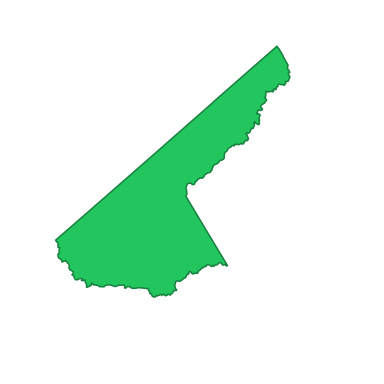 Rio Maria, Pará, Brazil, rotated 329°
{"feature_id": "56859067B51957769072993", "entity_name": "Rio Maria", "entity_type": "district", "adm_level": 2, "iso_a3": "BRA", "parent_name": "Brazil", "parent_adm1": "Pará", "projection": "albers", "projection_center": [-49.844, -7.37], "detail": "fine", "context": "isolated", "style": "filled", "palette": "green", "viewbox_px": 384, "rotation_deg": 329, "n_neighbors": 0, "source": "geoboundaries", "source_scale": "gbopen_adm2", "svg_char_len": 6032}
<svg xmlns="http://www.w3.org/2000/svg" viewBox="0 0 384 384"><g transform="rotate(329 192 192)"><path d="M57.5,220.1L58.3,219.6L58.4,218.9L59.2,218.5L59.7,219.0L59.9,219.8L59.8,220.6L60.2,221.5L60.9,221.4L61.7,222.0L62.0,222.7L62.7,223.1L63.2,223.6L64.1,225.7L65.6,226.3L66.1,227.1L67.0,227.3L67.6,228.0L68.7,227.6L70.3,227.6L73.2,229.0L74.3,229.7L74.9,230.7L75.6,231.3L76.1,231.8L76.8,233.0L77.5,233.4L78.4,233.8L79.3,233.8L80.3,234.0L81.1,234.3L82.7,234.9L83.3,235.4L84.9,236.3L85.8,236.6L85.9,237.5L85.5,238.4L85.0,239.2L85.1,240.1L86.1,240.2L87.3,239.9L88.1,239.7L89.0,240.5L90.2,241.9L90.5,242.8L91.0,243.5L91.6,244.0L92.5,244.6L94.8,245.8L95.7,246.0L96.7,246.4L97.8,247.0L98.5,247.8L100.5,249.0L101.6,250.1L102.9,250.7L103.2,251.4L103.9,252.0L104.6,252.1L104.5,253.5L104.0,254.7L104.3,255.7L104.2,256.8L103.5,257.3L104.5,258.3L104.3,259.2L104.6,260.0L104.2,260.6L104.7,261.7L105.6,262.6L106.4,263.1L108.1,262.4L108.7,263.3L110.1,263.3L111.0,263.6L112.1,263.5L112.7,264.1L112.6,264.9L113.6,264.8L114.9,264.9L115.0,266.1L115.4,266.8L116.4,267.5L117.6,267.6L118.2,267.2L119.3,267.8L119.6,268.5L120.6,269.2L121.4,268.7L122.9,268.7L123.8,268.2L125.1,267.5L125.9,267.1L126.5,267.8L128.0,268.4L128.5,267.8L128.2,267.1L128.2,266.2L128.4,265.0L128.9,264.2L128.9,263.1L129.9,262.4L131.7,260.8L132.7,260.1L133.7,260.5L134.5,261.6L135.5,262.3L136.7,262.3L137.7,262.3L138.4,262.3L139.5,262.0L140.2,261.9L140.9,261.7L141.7,262.2L142.5,261.7L143.4,261.6L144.0,261.0L144.6,260.5L145.4,260.2L146.0,260.6L146.8,260.4L147.6,260.1L147.6,259.3L148.2,258.9L149.1,259.0L149.7,259.7L149.9,260.5L149.8,261.4L150.4,262.2L150.6,262.9L151.4,262.7L152.2,263.0L152.9,263.4L153.7,263.3L154.2,263.9L154.9,264.5L155.3,263.9L156.1,263.8L156.6,263.0L157.4,263.1L158.3,263.1L159.0,263.0L159.7,262.6L160.3,262.4L161.3,262.6L162.2,262.4L163.2,262.6L163.9,262.3L164.7,262.6L165.4,263.0L166.3,262.7L166.9,262.0L169.2,263.3L169.8,264.3L170.0,265.2L170.5,265.9L172.2,265.8L172.1,266.6L172.7,267.0L174.4,266.4L175.9,267.3L176.6,267.3L178.1,266.7L179.2,266.7L180.1,267.2L180.2,268.0L180.5,268.7L180.5,269.5L180.6,270.4L181.4,270.8L182.5,270.9L183.0,271.4L183.2,272.4L183.4,273.2L184.5,273.2L184.5,241.4L184.5,224.3L184.6,192.2L185.6,192.0L186.3,191.4L186.9,190.6L187.8,188.8L188.1,187.8L188.5,187.3L188.5,186.0L188.9,185.3L191.2,183.4L192.1,182.8L193.1,182.7L193.9,183.1L195.0,183.4L195.6,184.0L196.1,185.8L196.9,186.3L197.6,186.6L198.4,186.4L199.1,185.7L199.9,185.4L200.5,184.9L202.3,184.9L202.9,184.4L203.8,184.1L204.6,184.3L205.6,184.1L206.4,184.3L206.9,184.9L208.8,185.5L209.5,185.3L210.2,184.9L210.8,184.5L212.3,183.8L213.5,183.7L214.2,183.9L215.1,183.8L216.1,184.0L216.8,184.3L217.8,184.4L218.6,184.2L219.2,183.4L219.9,183.6L220.8,183.1L221.2,182.3L221.8,181.9L222.5,181.6L223.8,180.6L224.5,180.3L225.4,180.3L226.2,180.2L226.8,180.5L228.8,180.7L229.5,180.2L230.2,180.2L231.3,179.9L232.1,179.3L233.1,179.3L233.8,180.1L235.3,180.1L236.6,179.9L237.5,178.9L237.8,178.2L239.0,176.6L239.9,175.6L241.0,175.1L241.9,175.0L242.8,175.0L244.3,174.0L245.5,173.5L246.7,173.2L247.7,173.4L248.5,173.5L250.3,172.8L251.2,173.1L251.3,173.8L252.1,174.1L253.1,173.4L254.0,173.3L254.2,174.0L254.9,174.3L255.6,174.5L256.1,175.3L256.8,175.6L257.6,175.7L258.3,175.5L259.3,175.6L259.4,176.5L260.3,177.1L261.5,176.7L262.4,176.6L263.1,175.7L264.6,175.5L265.5,175.7L265.7,176.4L266.7,176.2L267.5,175.7L268.1,174.7L268.0,173.8L268.5,172.0L268.5,171.2L268.3,170.4L268.5,169.5L269.3,169.4L269.7,170.0L270.3,170.5L271.0,170.7L271.9,170.7L272.6,170.4L273.9,169.2L274.7,168.9L275.3,168.4L276.0,168.1L276.5,168.8L277.5,168.8L278.1,168.1L279.0,167.8L280.5,165.8L281.1,164.3L281.8,164.1L282.1,165.1L282.1,165.8L282.3,166.6L282.9,167.1L283.7,168.5L284.5,168.5L285.5,167.4L285.6,166.4L286.0,165.8L286.8,165.4L287.1,164.7L287.0,163.9L287.5,163.3L288.2,162.8L288.9,162.1L290.1,161.0L289.7,160.3L289.6,159.6L289.1,158.9L288.3,158.7L287.7,158.1L290.0,156.6L290.6,155.8L291.3,156.0L292.4,157.3L293.2,157.6L294.8,157.6L295.2,156.7L294.9,156.0L294.6,155.2L294.7,154.3L295.2,153.8L295.9,153.6L296.8,153.2L297.6,153.1L299.6,153.2L300.3,153.0L301.1,152.4L302.9,151.9L303.4,151.3L303.3,150.4L303.3,149.5L302.9,148.8L303.3,148.2L304.1,148.2L305.1,147.0L306.1,145.7L306.8,144.1L307.5,144.0L308.1,144.7L308.4,145.4L309.2,145.4L310.9,146.3L311.5,146.2L312.2,146.9L312.4,147.6L313.3,147.6L314.2,147.4L314.1,146.5L314.7,146.0L315.4,145.8L316.3,147.1L316.9,147.4L317.2,146.7L317.9,146.3L318.3,145.5L319.1,145.6L319.8,145.9L320.3,145.2L321.1,144.6L321.9,144.4L322.7,144.7L323.2,145.4L323.8,146.0L325.3,146.6L325.4,147.3L325.9,148.0L328.4,147.1L328.8,146.2L329.2,145.6L330.5,146.3L331.3,146.5L332.7,145.9L333.1,145.2L333.9,144.9L334.6,144.4L335.1,143.8L335.3,142.9L335.4,142.1L335.3,140.3L335.9,139.7L336.6,139.5L337.3,139.9L337.7,139.1L337.5,138.1L337.8,137.5L337.4,136.9L337.4,135.7L337.9,135.0L338.3,134.2L338.8,133.4L339.7,132.8L339.8,130.9L339.7,130.2L339.8,126.6L339.9,124.1L340.2,121.7L340.3,119.2L340.3,114.4L340.2,113.3L339.8,110.8L264.7,124.3L243.3,128.4L235.8,129.7L183.6,139.2L147.1,145.8L145.4,146.1L95.1,155.1L93.5,155.4L50.4,163.0L50.2,164.0L50.3,164.9L50.6,165.6L50.9,166.2L50.7,167.0L50.1,167.7L49.7,168.5L49.5,169.1L49.0,169.9L48.7,170.5L49.2,171.3L49.9,171.7L49.3,172.4L48.4,173.1L47.9,173.6L47.4,174.5L47.4,175.2L46.9,175.9L45.9,176.0L45.1,176.2L44.3,177.6L44.0,178.3L43.7,179.3L43.8,180.1L44.3,180.9L44.8,182.2L45.2,183.2L44.9,184.0L44.5,184.7L45.1,185.3L46.0,185.2L46.7,185.5L47.5,185.6L48.3,185.6L48.3,186.3L48.6,187.6L48.8,188.6L48.9,189.3L49.2,190.0L49.2,191.0L48.8,191.9L48.3,192.5L47.8,193.2L47.3,193.8L47.4,194.6L47.3,196.2L48.1,196.7L48.6,198.4L49.0,199.0L48.8,200.0L48.1,200.6L47.3,200.9L46.5,201.1L47.5,203.0L47.2,204.0L46.9,205.4L46.9,206.9L47.5,207.5L48.1,208.1L49.3,208.3L50.3,208.3L51.3,208.4L52.0,209.0L53.2,209.9L52.8,210.5L51.9,211.0L52.4,211.6L53.2,211.6L53.8,212.0L54.8,212.2L54.2,213.9L54.0,214.6L54.1,215.4L54.0,216.8L53.5,217.9L53.0,218.5L52.6,219.1L53.1,219.7L54.2,219.7L55.0,220.0L56.0,219.9L56.7,219.7L57.5,220.1Z" fill="#22c55e" stroke="#15803d" stroke-width="1.5"/></g></svg>